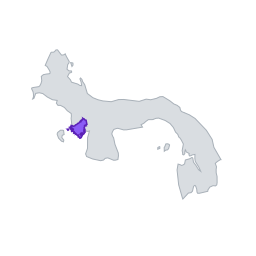 location of Soná, Veraguas, Panama, rotated 24°
{"feature_id": "35544464B54310039107980", "entity_name": "Soná", "entity_type": "district", "adm_level": 2, "iso_a3": "PAN", "parent_name": "Panama", "parent_adm1": "Veraguas", "projection": "mercator", "projection_center": [-81.367, 7.878], "detail": "fine", "context": "in_parent", "style": "filled", "palette": "violet", "viewbox_px": 256, "rotation_deg": 24, "n_neighbors": 0, "source": "geoboundaries", "source_scale": "gbopen_adm2", "svg_char_len": 7047}
<svg xmlns="http://www.w3.org/2000/svg" viewBox="0 0 256 256"><g transform="rotate(24 128 128)"><path d="M225.8,119.1L225.1,119.5L223.2,122.4L222.1,124.8L224.6,127.4L225.4,130.1L226.8,133.1L229.1,136.1L231.6,141.6L232.2,143.8L231.5,145.3L229.1,146.1L226.8,148.7L226.2,151.9L226.6,153.4L219.9,158.5L218.2,159.3L217.1,158.5L215.7,156.0L213.9,154.0L213.0,153.3L212.5,153.2L212.0,153.7L211.7,154.8L212.6,159.5L211.9,161.4L209.6,162.9L207.0,170.6L206.0,169.6L197.4,159.3L189.9,146.4L188.4,140.6L190.3,140.3L192.2,140.4L193.2,139.5L194.3,137.8L193.4,133.9L197.0,130.9L198.4,128.9L199.4,129.1L201.7,132.6L205.2,134.5L209.4,137.4L212.0,138.0L208.7,135.0L203.0,131.1L201.4,128.5L199.9,124.9L197.7,126.4L196.6,127.8L195.5,128.5L194.5,127.6L194.3,126.4L190.9,126.2L190.1,125.2L189.2,124.6L189.6,126.8L190.3,128.2L189.9,129.9L188.8,130.0L187.9,128.3L186.7,126.7L185.1,120.1L181.3,117.1L179.5,116.0L178.1,115.6L176.0,113.5L173.1,112.4L169.3,109.1L164.6,106.8L158.9,106.0L151.9,106.5L149.6,107.8L148.0,109.4L147.3,110.2L143.2,112.1L141.6,114.8L140.6,117.1L138.6,119.7L140.9,121.3L127.5,130.2L124.8,131.5L118.8,132.4L117.4,133.4L115.6,135.1L115.3,137.8L115.6,140.0L117.4,141.8L118.9,142.9L122.7,148.2L129.3,154.8L130.6,157.3L131.6,160.9L129.6,162.5L128.0,163.3L121.7,163.5L119.5,165.0L118.7,167.2L116.3,169.0L108.2,170.7L101.8,170.9L99.8,168.9L99.3,163.1L95.0,153.2L94.0,146.4L92.9,147.3L90.6,148.1L89.8,149.8L89.3,154.8L88.4,156.5L86.7,156.3L83.1,154.5L78.2,152.9L72.1,142.3L71.5,140.3L70.3,137.9L65.5,136.9L61.5,135.1L57.1,134.8L54.8,135.8L52.5,134.5L52.1,131.6L47.5,132.9L41.6,132.5L36.2,131.2L32.6,131.9L29.6,133.9L30.0,139.2L29.1,140.3L29.0,138.1L27.9,135.6L26.6,133.6L24.0,131.4L23.8,130.6L24.9,129.6L29.7,126.5L30.3,125.2L30.4,122.5L30.0,119.9L27.8,116.1L29.0,113.7L31.5,111.9L34.1,110.4L34.5,109.7L34.0,108.4L32.5,107.1L29.0,104.7L26.9,104.5L26.8,97.7L26.9,90.4L27.5,89.7L28.8,89.3L29.8,88.2L30.4,86.0L31.9,85.3L34.7,86.9L37.5,88.4L38.7,87.9L39.6,87.2L40.2,86.5L40.4,85.8L42.7,87.8L47.3,91.2L47.6,92.9L47.1,94.5L48.4,99.1L50.8,99.8L53.2,98.9L53.8,99.8L53.4,100.6L52.1,101.6L51.8,105.6L55.8,107.4L57.7,109.1L64.3,108.3L66.7,108.7L68.4,108.2L66.5,105.1L64.1,102.7L64.3,101.6L66.2,102.4L67.6,104.0L70.8,106.0L76.8,113.0L83.6,114.6L89.0,114.4L94.0,113.5L102.0,110.8L107.8,105.9L112.4,103.7L127.4,99.1L132.8,94.3L135.0,93.6L137.2,93.0L141.9,89.4L144.4,86.5L147.1,85.1L155.0,86.1L160.2,87.4L163.7,87.3L167.1,88.2L168.6,90.3L170.2,91.2L178.6,91.0L185.4,92.0L200.5,98.2L209.5,104.2L214.3,110.7L225.8,119.1ZM74.7,166.9L72.7,167.1L68.7,165.5L65.8,162.5L65.6,161.6L65.6,160.6L67.2,157.5L69.4,156.5L70.2,156.5L72.3,160.0L70.9,161.4L71.4,163.6L74.3,165.2L74.7,166.9ZM171.4,132.9L170.6,134.5L169.0,131.1L169.2,130.2L169.1,127.1L170.7,126.3L171.9,126.2L172.9,126.6L173.5,130.3L173.0,131.9L171.4,132.9ZM52.2,92.9L51.8,94.6L49.0,91.6L50.7,91.1L51.3,91.1L52.2,92.9ZM165.4,133.7L163.8,135.3L163.2,133.7L164.3,132.2L164.7,132.2L165.4,133.7Z" fill="#d9dde1" stroke="#a8b0b8" stroke-width="1"/><path d="M76.8,148.5L76.4,148.6L76.1,148.5L75.8,148.5L75.6,149.0L75.4,148.9L75.2,148.9L75.3,149.1L75.2,149.4L75.3,149.6L75.1,149.6L75.1,150.0L75.6,150.2L75.6,150.4L75.4,150.6L75.8,150.5L75.7,150.8L75.9,151.0L75.7,151.1L75.4,151.2L75.5,151.3L75.7,151.2L75.8,151.4L76.0,151.5L76.2,151.8L76.3,151.8L76.4,151.7L76.6,151.8L76.8,152.2L77.0,152.2L76.8,152.1L76.9,151.8L76.6,151.8L76.6,151.6L76.8,151.5L76.6,151.4L76.9,151.2L77.2,151.3L77.4,151.3L77.5,151.3L77.4,151.4L77.7,151.4L77.7,151.2L77.9,151.3L78.1,151.2L78.4,151.5L78.6,151.4L78.7,151.6L78.5,151.9L78.4,151.9L78.6,152.0L78.3,152.0L78.5,152.1L78.6,152.4L78.4,152.5L77.8,152.4L77.4,152.7L77.0,152.9L77.5,153.2L77.8,153.2L77.8,153.4L78.2,153.2L78.2,153.3L78.2,153.5L78.5,153.3L78.5,153.5L78.6,153.4L78.7,153.2L78.8,153.3L79.0,153.3L78.9,153.5L79.0,153.5L79.2,153.4L79.5,153.5L79.6,153.4L80.0,153.5L80.1,153.4L80.3,153.7L80.5,153.5L80.8,153.8L80.7,154.0L80.6,154.3L80.9,154.3L81.1,154.4L81.3,154.2L81.5,154.3L81.4,154.5L81.6,154.4L81.9,154.6L82.1,154.5L82.0,154.3L82.1,154.2L82.2,154.3L82.4,154.3L82.8,154.7L82.8,154.8L82.9,154.7L83.3,154.8L83.4,154.7L83.6,154.9L83.8,154.9L84.2,155.2L84.3,155.1L84.6,155.1L85.1,155.4L85.3,154.9L85.1,154.9L85.3,154.8L85.3,155.0L85.7,155.2L85.7,155.3L85.9,155.4L86.0,155.7L86.3,155.8L86.2,155.9L86.3,156.0L86.9,156.0L87.1,156.2L87.0,156.3L87.6,156.3L87.7,156.5L88.1,156.9L88.5,156.7L88.8,156.4L89.0,156.1L89.2,155.4L89.0,155.0L88.8,154.8L89.3,153.7L89.3,153.2L89.0,153.1L88.7,153.4L88.6,153.5L88.5,153.4L88.4,153.5L88.5,153.3L88.4,153.2L88.2,153.3L88.3,153.5L88.2,153.5L87.9,153.7L87.7,153.5L87.7,153.4L87.6,153.1L87.3,153.1L87.1,152.8L87.1,152.7L86.9,152.8L86.9,152.6L87.5,153.0L87.5,152.8L87.3,152.7L87.6,152.9L87.6,153.0L87.8,153.0L87.8,153.3L88.0,153.3L88.1,153.2L88.6,153.0L88.6,152.9L88.3,152.8L88.2,152.5L87.9,152.6L87.9,152.4L87.9,152.5L88.2,152.5L88.2,152.3L88.0,152.2L88.2,151.9L87.7,151.9L87.3,151.8L87.3,151.7L87.2,151.6L87.3,151.7L87.5,151.7L87.8,151.7L87.8,151.4L88.1,151.5L88.3,151.6L88.4,151.8L88.7,151.9L88.5,152.0L88.3,151.9L88.3,152.5L88.5,152.7L88.7,152.4L88.7,152.5L88.8,152.4L88.8,152.2L89.0,151.9L88.9,151.9L88.7,151.7L89.0,151.9L89.3,151.6L88.9,151.4L88.5,151.4L88.6,151.2L88.7,151.3L88.8,151.3L88.7,151.3L88.7,151.2L88.7,151.3L88.9,151.2L88.9,151.3L89.2,151.4L89.3,151.5L89.4,151.4L89.4,151.5L89.7,151.6L89.4,151.6L88.9,152.1L88.9,152.3L89.2,152.2L89.8,151.8L89.8,151.6L90.1,151.3L90.2,150.9L90.1,150.5L90.2,150.2L89.9,150.2L90.1,150.1L90.2,149.7L89.7,149.3L89.8,148.9L89.5,149.0L89.5,148.8L89.6,149.0L89.8,148.8L89.8,148.7L89.7,148.6L89.8,148.6L89.7,148.5L89.8,148.6L89.9,148.2L89.5,148.3L89.4,148.4L88.9,148.4L88.9,148.6L89.0,148.7L88.9,148.7L88.9,148.3L88.8,148.2L88.6,148.3L88.7,148.2L88.4,148.2L88.8,148.2L88.8,148.3L89.2,148.2L89.0,147.7L88.7,147.6L88.8,147.7L88.7,147.7L88.7,147.8L88.7,147.7L88.8,147.7L88.4,147.5L88.3,147.1L88.1,147.0L88.3,147.0L88.6,146.9L88.4,146.9L88.3,146.7L88.4,146.8L88.3,146.7L88.1,146.5L88.4,146.6L88.4,146.8L89.1,146.9L89.2,146.6L88.4,146.4L88.0,146.0L87.9,145.6L87.9,145.2L87.7,145.1L87.9,144.7L87.8,144.3L87.9,144.1L87.7,143.9L87.4,143.7L87.5,143.5L87.5,143.2L88.1,143.1L88.8,142.9L88.3,142.4L88.3,142.2L88.5,141.9L88.5,141.6L89.0,141.4L86.9,138.4L86.8,138.2L86.4,137.9L86.2,138.0L85.2,138.1L84.9,138.0L84.5,137.7L84.1,137.5L83.7,137.7L83.2,137.6L83.3,137.7L83.2,137.8L83.3,137.9L83.1,138.2L83.1,138.5L82.8,138.4L82.6,138.7L82.8,138.9L82.9,139.1L82.7,139.3L82.6,139.7L82.4,139.8L82.6,140.0L82.6,140.3L82.1,140.5L82.0,140.9L81.8,140.9L81.8,141.1L81.6,141.2L81.6,141.4L81.5,141.8L81.7,142.0L81.8,142.0L81.6,142.2L81.5,142.4L81.2,142.7L81.2,143.2L80.8,144.0L80.2,144.2L79.7,145.7L78.7,146.6L78.7,147.4L77.6,148.5L77.2,148.7L76.8,148.5ZM74.4,153.9L74.3,153.7L74.2,153.8L74.0,153.7L73.4,153.9L73.7,154.0L73.8,154.2L74.2,154.2L74.4,154.1L74.4,153.9ZM75.9,151.7L75.6,151.6L75.4,151.6L75.7,151.8L75.4,151.9L75.2,151.8L75.3,152.0L75.2,152.0L75.4,152.0L75.6,152.2L75.8,152.0L75.9,151.7ZM77.8,151.7L77.6,151.8L77.8,152.1L77.8,151.9L77.8,151.7ZM73.5,153.8L73.6,153.5L73.4,153.6L73.5,153.8Z" fill="#8b5cf6" stroke="#5b21b6" stroke-width="1.5"/></g></svg>